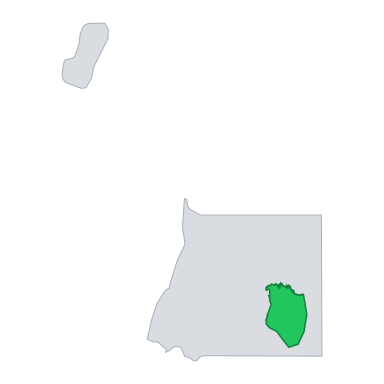 Aconibe, Wele-Nzás, Equatorial Guinea (highlighted)
{"feature_id": "11065452B89932418637458", "entity_name": "Aconibe", "entity_type": "district", "adm_level": 2, "iso_a3": "GNQ", "parent_name": "Equatorial Guinea", "parent_adm1": "Wele-Nzás", "projection": "equal_earth", "projection_center": [10.91, 1.339], "detail": "fine", "context": "in_parent", "style": "filled", "palette": "green", "viewbox_px": 384, "rotation_deg": 0, "n_neighbors": 0, "source": "geoboundaries", "source_scale": "gbopen_adm2", "svg_char_len": 5630}
<svg xmlns="http://www.w3.org/2000/svg" viewBox="0 0 384 384"><path d="M321.4,215.1L321.5,243.1L321.6,266.7L321.7,292.3L321.8,319.0L321.9,341.6L322.0,356.2L303.6,356.1L279.3,356.0L254.9,355.9L230.5,355.8L218.3,355.7L204.8,355.7L200.4,356.4L197.5,360.1L193.9,361.0L189.7,357.8L184.7,356.3L183.3,353.0L180.8,347.1L175.8,346.5L173.2,347.1L169.6,350.5L165.6,352.3L166.3,349.6L158.3,342.3L152.5,341.6L147.2,339.3L151.5,320.3L156.9,303.6L165.0,290.9L169.3,287.8L170.7,281.5L177.1,260.9L185.0,244.1L182.5,227.1L184.4,198.6L186.7,199.4L187.1,202.1L187.7,206.1L190.6,209.6L200.5,215.1L229.8,215.1L247.3,215.1L273.2,215.1L300.6,215.1L321.4,215.1ZM89.1,23.0L91.3,23.5L104.7,23.1L108.3,29.4L107.9,38.8L94.1,66.2L91.5,77.8L86.2,87.6L81.5,88.4L65.6,82.6L63.0,79.1L62.0,74.4L63.6,63.5L64.7,60.2L72.4,58.1L74.8,56.3L78.9,44.6L80.3,33.8L83.7,25.7L89.1,23.0Z" fill="#d9dde1" stroke="#a8b0b8" stroke-width="1"/><path d="M266.9,286.7L266.7,286.9L266.5,287.0L266.4,287.2L266.2,287.4L266.2,287.6L266.0,288.5L266.1,290.1L266.4,290.3L266.8,290.1L267.3,289.8L267.7,289.6L268.4,289.3L268.8,289.2L269.3,289.5L269.7,289.9L269.7,290.5L269.8,291.2L269.7,291.6L269.6,292.4L269.5,293.0L269.6,293.6L269.9,294.2L270.0,294.7L270.0,295.6L268.7,295.7L268.9,296.0L269.1,296.2L269.2,296.6L269.3,296.7L269.4,296.8L269.5,296.8L269.6,297.1L269.7,297.4L269.7,297.5L269.5,297.8L269.4,297.9L269.4,298.0L269.6,298.1L269.9,298.5L270.0,298.6L270.0,299.2L269.7,300.0L269.8,300.6L269.7,300.9L269.7,301.1L269.9,301.6L270.0,301.7L270.1,301.9L270.2,302.1L270.4,302.5L270.7,302.9L270.9,303.2L271.0,303.6L271.1,304.0L271.3,304.8L271.2,305.3L270.9,305.7L270.5,306.2L270.4,306.6L270.1,307.1L269.9,307.4L269.8,307.9L269.6,308.8L269.5,309.1L269.1,310.2L269.0,310.8L268.7,311.5L268.4,312.2L268.1,312.9L267.9,313.4L267.8,313.9L267.4,314.5L267.2,314.7L267.2,314.9L267.3,315.1L267.4,315.3L267.4,315.7L267.3,316.2L267.1,316.4L267.0,316.7L266.9,317.4L267.0,318.0L266.7,318.5L266.5,318.8L266.2,318.9L266.1,319.0L266.1,319.4L266.1,320.0L266.0,320.3L266.2,321.1L266.3,321.6L266.4,322.2L266.3,322.7L266.0,323.6L267.2,325.0L267.8,325.9L268.4,326.5L268.8,326.9L269.3,327.7L276.5,331.3L288.7,347.3L298.1,344.2L304.0,331.7L306.8,314.3L303.8,296.6L303.7,295.7L303.0,293.7L303.0,293.8L302.8,294.0L302.7,294.1L302.8,294.2L302.8,294.4L302.8,294.5L302.7,294.9L302.6,295.0L302.2,294.8L301.9,294.5L301.7,294.4L301.5,294.6L301.3,294.8L301.2,294.9L301.1,295.0L301.0,294.9L300.9,294.8L300.8,294.7L300.7,294.8L300.4,294.9L300.2,295.2L299.9,295.2L299.7,295.0L298.7,294.9L298.5,295.0L298.3,295.1L298.2,295.2L297.9,295.0L297.7,294.8L297.3,294.7L297.1,294.5L297.0,294.4L296.7,294.6L296.4,294.3L296.2,294.2L295.8,294.5L295.7,294.5L295.5,294.4L295.5,294.1L295.3,293.8L295.1,293.8L294.8,293.7L294.6,293.6L294.4,293.7L294.2,293.6L294.0,293.3L294.0,293.0L294.0,292.9L294.2,292.5L294.2,292.4L293.6,292.6L293.4,292.8L293.1,292.8L293.0,292.7L292.8,292.5L292.8,292.4L292.8,292.1L292.7,291.9L292.8,291.8L293.1,291.3L293.5,291.0L293.7,290.7L293.5,290.4L293.4,290.4L293.4,290.5L293.4,290.8L293.1,291.2L292.8,291.4L292.5,291.3L292.4,291.3L292.3,291.2L292.3,290.9L292.2,290.7L292.3,290.2L292.1,290.1L292.0,289.8L291.8,289.6L291.7,289.6L291.4,289.8L291.0,289.8L290.9,289.8L290.8,289.6L290.9,289.4L291.0,289.2L290.9,289.1L290.7,288.9L290.5,288.6L290.5,288.4L290.7,288.2L290.5,287.9L290.5,286.9L290.4,286.6L290.2,286.4L290.1,286.1L290.1,285.7L290.0,285.9L289.9,286.0L289.7,286.0L289.4,285.8L289.3,285.7L289.2,285.6L288.9,285.4L288.9,285.8L288.6,286.4L288.6,286.5L288.6,287.5L288.6,287.8L288.5,288.0L288.3,288.1L288.0,288.2L287.8,288.3L287.7,288.3L287.6,288.2L287.6,287.9L287.4,287.7L287.2,287.5L287.2,287.4L287.2,286.9L287.3,286.7L287.5,286.7L287.4,286.5L287.4,286.3L287.4,286.2L287.3,286.3L287.2,286.3L287.0,286.2L286.8,286.0L286.6,285.7L286.6,285.8L286.6,286.1L286.5,286.3L286.5,286.5L286.4,287.1L286.3,287.3L286.0,287.3L286.0,287.2L285.9,287.1L285.8,286.7L285.7,286.3L285.3,286.5L285.0,286.5L284.5,286.5L284.8,286.6L284.4,286.5L283.8,286.5L283.7,286.4L283.4,286.3L283.0,285.9L283.1,285.7L283.3,285.7L283.2,285.5L283.1,285.4L282.9,285.3L282.4,285.5L282.1,285.6L281.6,285.4L281.4,285.2L281.4,284.8L281.4,284.7L281.5,284.7L281.9,284.5L282.0,284.4L281.9,284.2L281.9,283.8L281.8,283.5L281.7,283.6L281.4,283.6L281.2,283.6L280.8,283.3L280.6,283.1L280.5,283.5L280.4,283.9L280.4,284.0L280.5,284.2L280.5,284.4L280.5,284.5L280.4,284.7L280.4,284.8L280.1,284.8L279.8,284.8L279.6,284.7L279.4,284.7L279.2,284.5L279.0,284.2L278.9,284.2L278.8,284.3L278.9,284.5L279.0,285.2L279.0,285.5L279.5,285.9L279.6,286.0L279.8,286.5L279.8,286.8L279.8,287.2L279.9,287.4L279.9,287.7L279.9,287.8L279.8,288.0L279.7,288.1L279.3,287.7L279.3,287.4L279.4,287.2L279.1,287.1L278.9,286.9L278.9,286.7L278.7,286.8L278.4,286.8L278.2,286.5L278.0,286.2L277.8,286.2L277.6,286.2L277.4,286.1L277.3,285.9L277.3,285.5L277.2,285.3L277.1,285.2L277.0,284.9L277.0,284.3L276.9,284.0L276.9,284.3L276.8,284.5L276.6,284.7L276.6,284.8L276.4,284.7L276.1,284.4L275.9,284.2L275.9,283.9L275.7,283.7L275.6,283.9L275.6,284.0L275.4,284.2L275.1,284.2L275.1,284.3L275.3,284.5L275.3,284.8L275.2,284.9L275.1,285.0L274.9,285.1L274.6,285.1L274.4,285.0L274.2,284.9L273.8,284.9L273.7,284.9L273.4,284.8L273.3,284.7L273.2,284.6L273.1,284.4L273.1,284.5L272.9,284.7L272.7,284.7L272.3,284.4L272.2,284.3L272.1,284.2L272.0,284.3L271.9,284.3L271.8,284.2L271.6,284.1L271.5,283.9L271.4,283.9L271.3,284.0L271.2,284.1L271.2,284.5L271.1,284.8L271.0,285.2L270.9,285.3L270.7,285.4L270.1,285.6L269.5,285.8L269.4,285.9L268.9,286.0L268.7,285.9L268.7,285.6L268.2,286.0L267.8,286.3L267.7,286.5L267.4,286.9L267.3,287.0L267.1,287.0L267.0,286.9L267.0,286.6L266.9,286.7Z" fill="#22c55e" stroke="#15803d" stroke-width="1.5"/></svg>